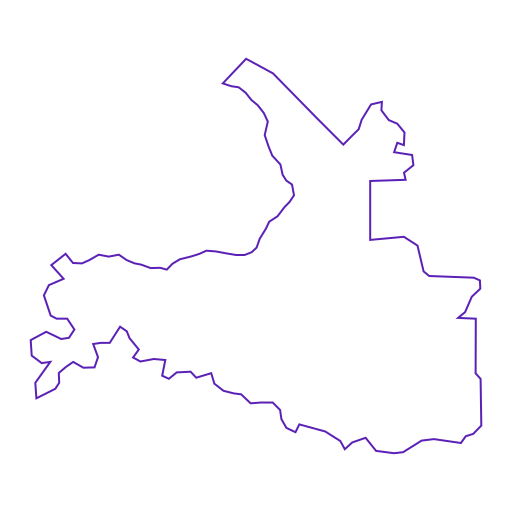 São Valentim, Rio Grande do Sul, Brazil (orthographic projection)
{"feature_id": "56859067B73841069656023", "entity_name": "São Valentim", "entity_type": "district", "adm_level": 2, "iso_a3": "BRA", "parent_name": "Brazil", "parent_adm1": "Rio Grande do Sul", "projection": "orthographic", "projection_center": [-52.582, -27.536], "detail": "fine", "context": "isolated", "style": "outline", "palette": "violet", "viewbox_px": 512, "rotation_deg": 0, "n_neighbors": 0, "source": "geoboundaries", "source_scale": "gbopen_adm2", "svg_char_len": 1889}
<svg xmlns="http://www.w3.org/2000/svg" viewBox="0 0 512 512"><path d="M404.5,132.5L397.3,123.7L388.8,120.1L381.4,110.3L381.9,101.9L371.1,104.4L361.7,119.7L358.7,129.2L353.0,134.8L343.3,144.6L317.6,118.9L273.0,73.4L246.1,58.8L222.8,83.4L231.3,86.2L238.7,87.3L245.7,92.8L251.3,99.9L257.7,105.2L263.8,113.0L267.8,121.6L264.7,135.1L268.5,146.3L272.3,155.7L280.4,164.5L282.6,174.7L286.4,180.7L292.0,184.5L294.0,195.3L289.5,202.0L284.6,207.0L277.5,216.3L269.2,221.7L266.0,228.5L259.7,238.8L256.6,247.6L251.7,252.2L244.6,255.0L236.2,255.0L228.2,253.7L215.6,251.4L206.4,250.7L199.3,253.9L191.0,256.5L179.8,259.3L172.4,263.8L166.8,269.6L160.1,267.8L150.7,268.1L141.1,264.6L134.4,263.3L126.7,260.1L118.9,254.7L108.8,256.6L98.7,254.7L89.3,260.1L81.9,263.4L73.0,263.0L65.6,253.8L51.3,265.1L63.6,278.8L48.9,285.1L43.9,295.4L50.7,315.6L56.7,318.7L67.2,318.7L74.4,329.5L69.0,337.8L61.2,339.0L46.2,331.8L30.7,340.1L31.7,355.6L41.7,363.1L50.3,361.9L35.3,382.8L36.4,398.3L55.3,388.8L59.2,382.8L58.8,373.0L65.7,367.1L73.2,361.9L83.3,367.7L94.5,367.4L98.0,357.2L93.2,344.0L100.5,342.9L109.7,342.9L120.1,326.7L126.8,331.3L129.5,338.1L138.8,349.5L133.1,357.5L140.4,361.5L153.8,359.0L165.3,360.0L162.2,375.7L168.9,378.8L176.7,372.4L190.6,371.7L196.2,377.7L211.2,373.2L214.4,383.7L223.5,390.8L233.8,393.4L241.1,394.3L250.6,403.3L261.4,402.5L272.7,402.5L280.1,410.0L281.4,419.1L286.4,427.9L295.5,432.2L299.3,424.4L325.3,431.5L340.3,441.0L344.8,449.2L352.3,442.4L365.6,437.8L376.1,450.9L394.0,453.2L403.1,452.2L421.6,440.6L433.9,439.1L460.9,443.0L465.8,436.2L473.2,433.9L481.3,425.6L480.6,378.9L475.6,373.3L475.8,318.7L458.1,317.9L465.1,312.1L471.8,296.7L480.3,288.7L479.9,280.4L473.8,277.7L429.2,276.0L423.6,271.4L417.5,245.6L403.9,236.8L370.2,239.9L370.2,181.0L405.6,179.8L404.0,172.7L413.4,165.2L412.1,155.0L394.1,152.2L397.3,142.8L403.9,145.1L404.5,132.5Z" fill="none" stroke="#5b21b6" stroke-width="2"/></svg>